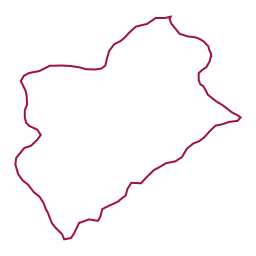 the district of Barda District, Bərdə, Azerbaijan, rotated 90°
{"feature_id": "54616110B76249555634218", "entity_name": "Barda District", "entity_type": "district", "adm_level": 2, "iso_a3": "AZE", "parent_name": "Azerbaijan", "parent_adm1": "Bərdə", "projection": "orthographic", "projection_center": [47.218, 40.364], "detail": "fine", "context": "isolated", "style": "outline", "palette": "rose", "viewbox_px": 256, "rotation_deg": 90, "n_neighbors": 0, "source": "geoboundaries", "source_scale": "gbopen_adm2", "svg_char_len": 1431}
<svg xmlns="http://www.w3.org/2000/svg" viewBox="0 0 256 256"><g transform="rotate(90 128 128)"><path d="M16.7,85.4L18.0,91.2L18.0,100.3L23.9,108.9L24.9,113.1L26.6,120.1L32.7,126.9L37.4,131.1L40.9,135.3L44.3,141.8L50.8,146.8L58.8,149.1L65.6,150.7L68.5,154.5L69.5,160.8L69.2,170.1L67.4,176.2L66.0,185.5L65.5,194.2L65.8,206.3L71.1,216.8L73.0,226.9L75.6,231.7L75.7,232.0L81.0,235.2L90.4,230.6L95.6,229.4L104.3,228.9L110.3,231.2L117.3,231.2L122.7,229.9L126.0,226.6L129.6,218.9L134.9,215.2L139.7,218.7L145.9,225.1L147.9,231.6L157.9,239.8L164.5,240.6L174.0,237.9L180.3,233.5L184.6,228.0L192.0,222.3L196.6,216.5L203.1,212.4L209.1,210.2L212.4,208.3L223.0,204.2L227.9,200.3L234.1,194.0L239.3,191.8L238.1,185.1L233.1,181.8L223.0,177.0L219.4,167.0L220.8,158.1L217.0,155.8L209.1,153.7L205.3,146.2L204.1,143.3L201.2,137.3L199.3,135.4L195.6,130.4L188.9,128.5L182.8,124.7L183.3,115.0L177.4,109.6L170.1,102.1L167.6,97.4L163.1,89.8L161.5,81.0L157.2,74.1L148.8,69.2L143.5,62.8L141.2,56.8L137.2,51.6L130.6,45.7L125.6,40.5L124.4,34.0L121.9,27.0L120.9,18.5L117.4,15.4L115.0,19.0L112.1,24.5L108.3,29.3L105.0,33.7L101.9,39.0L99.9,41.7L96.5,45.9L94.6,48.3L90.1,50.4L86.2,52.7L84.4,55.6L80.3,57.3L73.1,57.3L69.8,53.6L67.3,49.7L60.8,46.1L55.6,45.0L55.7,44.8L53.5,45.1L49.1,47.0L46.3,47.7L43.8,50.1L41.7,52.0L39.5,55.4L37.9,58.8L37.1,62.0L36.4,68.3L33.8,76.4L30.0,79.5L23.9,84.5L19.0,86.5L16.7,85.4Z" fill="none" stroke="#9f1239" stroke-width="2"/></g></svg>